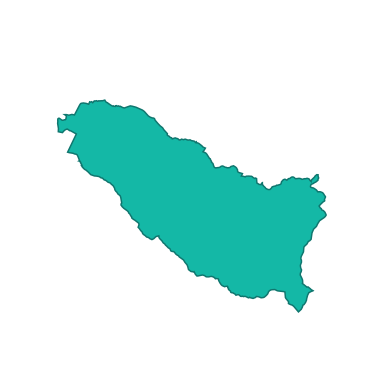 outline of Laslea, Sibiu, Romania, rotated 297°
{"feature_id": "2599482B51594900445884", "entity_name": "Laslea", "entity_type": "district", "adm_level": 2, "iso_a3": "ROU", "parent_name": "Romania", "parent_adm1": "Sibiu", "projection": "mercator", "projection_center": [24.643, 46.143], "detail": "fine", "context": "isolated", "style": "filled", "palette": "teal", "viewbox_px": 384, "rotation_deg": 297, "n_neighbors": 0, "source": "geoboundaries", "source_scale": "gbopen_adm2", "svg_char_len": 6068}
<svg xmlns="http://www.w3.org/2000/svg" viewBox="0 0 384 384"><g transform="rotate(297 192 192)"><path d="M189.3,318.5L193.4,316.8L194.5,316.8L197.7,318.0L200.7,318.1L202.0,319.0L203.9,319.6L210.0,317.5L214.1,317.2L217.8,318.5L220.6,318.4L224.3,318.7L229.3,321.4L230.8,321.9L232.3,322.0L232.8,321.6L234.4,319.5L235.1,317.4L234.9,315.9L235.7,315.0L236.0,314.2L236.0,313.6L237.2,311.6L239.2,312.1L242.7,313.3L244.2,314.2L244.5,314.2L244.9,313.8L245.6,313.4L248.2,313.2L248.7,312.7L248.8,312.1L250.1,310.1L250.7,308.7L250.5,306.4L249.9,305.0L249.3,304.2L249.3,303.8L250.0,302.6L250.3,301.8L250.6,299.7L250.7,298.3L250.5,297.6L250.1,295.7L250.4,295.2L251.4,294.8L252.8,294.7L254.9,296.4L255.7,296.7L257.1,297.8L259.6,298.9L260.5,298.5L262.0,298.5L263.4,297.1L264.6,296.5L264.1,295.3L262.0,294.4L261.0,294.4L257.3,293.1L256.7,293.1L256.3,292.8L255.5,293.3L255.7,292.3L256.8,290.3L256.6,288.9L256.4,288.2L255.6,287.5L254.8,286.0L253.2,284.3L253.3,282.9L252.8,281.2L251.5,279.3L250.8,278.0L251.3,276.4L251.3,275.4L251.2,275.0L250.6,274.1L249.7,273.5L248.7,273.2L247.7,271.9L245.6,271.1L245.6,269.0L244.4,267.8L241.7,267.1L239.8,267.6L238.8,267.2L236.9,265.2L236.4,264.2L235.3,263.8L234.5,262.6L233.0,261.1L231.2,260.9L229.6,260.3L228.9,259.0L228.7,258.4L228.7,256.1L229.2,255.3L229.8,253.1L230.3,252.3L230.3,251.5L232.2,250.5L231.8,250.2L229.8,250.0L229.2,248.2L229.4,247.1L229.5,245.7L233.3,243.4L233.2,242.1L232.6,241.8L232.6,240.1L233.0,238.6L233.0,237.9L232.0,235.5L231.0,233.6L230.5,233.0L229.6,232.5L229.4,231.1L228.6,228.7L231.3,228.6L230.7,225.2L230.7,223.9L231.3,223.1L232.4,222.5L233.6,220.8L234.0,219.5L234.2,217.1L232.4,215.1L231.1,214.7L229.9,213.1L229.5,212.1L229.5,211.4L229.2,210.5L229.1,209.5L229.2,208.3L229.0,207.3L228.2,206.3L227.1,205.8L226.0,204.9L225.5,204.0L224.2,202.2L224.1,201.0L224.5,200.1L226.9,197.7L227.4,195.8L228.0,195.6L229.1,193.9L229.8,193.3L229.9,192.3L230.3,191.6L232.5,187.9L232.9,186.8L233.0,185.8L232.8,183.5L235.5,183.9L237.2,184.0L237.0,181.6L237.7,179.6L238.4,175.9L238.2,174.4L237.9,173.7L238.5,173.2L237.8,173.0L237.6,172.6L238.2,171.8L238.3,170.8L237.5,168.1L237.6,166.6L236.5,165.0L236.3,164.3L236.1,162.3L235.9,161.8L234.8,160.7L234.3,158.6L233.3,158.1L232.7,157.2L232.6,156.7L233.0,155.5L233.0,154.8L232.7,153.8L232.7,152.8L232.0,151.8L230.5,150.5L230.4,150.1L230.9,149.5L231.0,149.1L230.8,147.6L231.3,146.4L231.2,145.7L231.4,144.3L231.6,144.0L232.8,143.6L234.7,138.6L235.9,136.6L236.5,133.5L237.6,130.4L239.2,126.6L240.4,125.2L240.4,124.1L240.0,123.2L239.9,122.1L239.7,121.2L239.9,118.6L242.1,113.0L242.5,110.6L242.1,103.5L241.3,99.8L240.7,97.9L236.1,93.5L235.8,91.8L235.8,89.1L235.3,88.6L235.4,87.5L234.7,86.9L234.6,86.0L234.5,85.8L234.7,85.6L234.2,84.8L233.4,84.8L233.0,83.6L233.0,82.8L232.5,82.7L232.5,80.3L232.9,77.6L232.8,77.4L233.2,76.2L233.0,75.0L233.7,73.5L234.3,72.6L232.4,70.5L232.1,69.6L231.3,68.6L231.0,67.6L230.0,66.8L230.0,65.5L228.9,64.2L228.8,63.6L226.5,63.0L226.9,61.6L226.0,60.8L225.9,59.9L223.3,60.1L222.9,57.5L222.0,54.8L220.7,53.0L220.1,52.6L218.4,52.4L207.3,52.3L206.6,49.8L204.5,47.4L204.0,45.1L203.1,43.4L202.9,44.9L202.4,45.7L199.8,46.5L198.9,46.3L198.5,45.6L197.5,44.7L197.0,43.7L197.0,43.2L197.4,40.8L197.4,40.0L196.9,39.5L196.3,39.3L195.4,39.6L193.8,40.5L192.2,41.1L187.9,44.2L185.0,45.5L186.1,49.6L188.8,50.3L189.8,50.8L190.9,51.6L191.5,52.5L191.1,55.2L191.4,55.7L191.4,57.2L191.2,62.6L171.0,63.1L171.3,64.7L172.5,68.4L172.6,70.1L173.1,71.8L173.0,72.7L172.0,74.1L168.6,77.9L168.4,77.7L168.5,78.2L168.4,78.4L168.3,78.1L167.9,79.1L167.3,79.6L166.9,80.4L166.9,80.0L166.8,80.6L166.4,81.1L165.8,81.3L165.8,81.7L165.3,81.5L164.9,82.6L164.6,82.7L164.1,84.2L163.9,84.3L163.4,86.2L163.4,87.5L162.7,90.4L161.5,93.9L162.0,97.7L162.9,99.9L163.6,102.4L163.3,104.4L163.7,106.0L162.9,108.4L163.2,108.9L163.1,110.6L162.6,112.7L162.9,115.1L162.8,115.6L162.2,116.7L162.2,117.3L161.7,119.2L161.2,119.7L160.6,120.9L158.8,122.5L158.0,124.0L157.8,125.0L156.6,126.9L156.1,129.6L154.8,131.0L150.8,134.0L150.1,134.4L149.5,134.2L148.7,134.4L147.9,135.0L147.9,135.5L147.3,136.2L146.5,138.7L145.9,142.7L145.5,144.2L144.6,145.0L144.1,146.7L142.9,148.3L142.6,149.3L141.5,150.1L141.3,151.3L141.0,152.0L141.0,153.5L140.0,158.7L138.8,159.6L136.1,160.0L135.5,161.7L134.3,163.9L133.7,165.7L132.5,167.0L132.1,168.3L131.9,170.0L131.3,172.0L131.7,174.0L131.3,175.5L131.4,177.9L133.0,179.1L135.9,180.1L137.9,182.3L136.4,183.3L135.6,184.9L134.9,187.2L133.6,189.5L133.4,191.2L132.7,192.4L132.3,194.0L131.5,196.2L131.4,198.1L129.9,199.9L130.0,201.2L130.6,202.9L130.1,204.3L129.4,205.6L129.0,207.7L129.1,208.9L128.4,210.0L127.6,215.3L126.1,217.7L124.9,220.6L123.6,222.1L121.3,224.1L120.7,227.1L121.0,228.1L121.3,228.5L121.3,229.5L122.0,230.0L120.2,232.4L119.4,234.5L119.8,235.3L122.8,239.0L123.2,241.1L122.9,242.7L123.1,243.7L124.0,245.5L125.1,246.8L125.7,247.8L126.0,249.7L125.8,251.1L125.3,252.2L125.8,252.5L126.2,253.9L126.6,254.6L126.3,255.3L125.3,255.9L123.8,258.0L122.7,260.0L122.3,261.4L122.4,264.0L123.3,265.0L124.1,266.4L123.7,267.0L122.9,267.3L122.7,268.3L121.7,268.8L121.1,271.3L120.3,272.0L120.2,272.4L120.3,273.1L120.7,274.2L120.6,276.0L120.6,276.6L120.0,278.0L121.4,279.5L121.6,280.0L121.6,280.9L121.1,282.6L121.6,283.8L122.2,284.4L122.1,285.2L122.7,285.9L123.3,287.3L123.3,290.1L123.5,290.7L124.4,291.2L124.3,292.1L124.9,294.7L126.9,296.5L128.1,296.8L128.4,297.4L129.0,299.4L129.1,301.6L130.3,303.4L131.2,304.2L133.6,305.2L135.6,305.7L138.0,305.5L139.5,306.0L140.5,306.7L141.3,307.7L142.7,310.1L142.7,312.6L142.9,313.5L144.9,318.9L145.1,320.2L140.3,323.2L139.7,324.2L138.1,327.8L136.4,328.6L136.4,330.7L136.7,332.5L136.4,334.4L133.5,341.3L137.1,342.6L139.5,342.6L141.6,342.2L142.5,342.9L145.1,343.3L147.6,343.1L149.0,342.6L152.9,341.8L154.4,341.9L155.2,341.7L157.8,343.6L158.8,344.6L159.0,344.7L159.1,342.6L159.5,341.4L160.1,338.4L159.4,337.7L160.6,332.1L160.7,331.8L161.5,331.8L163.7,330.5L165.0,329.1L167.2,326.1L169.0,325.4L170.4,325.5L172.3,325.0L173.5,323.5L175.1,322.3L176.0,321.8L179.2,321.4L181.0,320.4L181.6,319.6L182.3,319.1L184.0,318.6L189.3,318.5Z" fill="#14b8a6" stroke="#0f766e" stroke-width="1.5"/></g></svg>